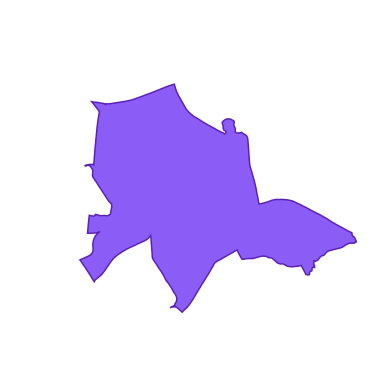 outline of Kota Jakarta Pusat, Jakarta Raya, Indonesia, rotated 246°
{"feature_id": "22746128B21128962092426", "entity_name": "Kota Jakarta Pusat", "entity_type": "district", "adm_level": 2, "iso_a3": "IDN", "parent_name": "Indonesia", "parent_adm1": "Jakarta Raya", "projection": "mercator", "projection_center": [106.829, -6.182], "detail": "fine", "context": "isolated", "style": "filled", "palette": "violet", "viewbox_px": 384, "rotation_deg": 246, "n_neighbors": 0, "source": "geoboundaries", "source_scale": "gbopen_adm2", "svg_char_len": 5934}
<svg xmlns="http://www.w3.org/2000/svg" viewBox="0 0 384 384"><g transform="rotate(246 192 192)"><path d="M70.3,262.5L70.0,263.1L69.2,264.0L68.7,265.2L69.0,265.8L69.4,266.1L70.2,266.3L70.6,266.6L70.9,266.9L71.1,267.5L71.2,268.1L71.2,269.2L71.5,269.6L71.9,269.9L72.2,270.0L72.6,270.2L73.7,271.0L73.9,271.3L74.0,272.6L73.8,272.7L73.2,273.1L73.1,273.3L73.4,273.5L73.8,273.3L74.2,273.3L74.6,273.4L74.7,273.7L74.8,274.0L75.2,274.1L75.9,273.9L76.4,273.7L77.5,274.5L77.9,274.7L79.2,275.2L79.6,275.5L79.5,275.8L79.3,276.1L78.7,276.3L78.6,276.5L78.6,276.8L78.5,278.5L78.6,279.4L79.0,280.0L80.5,282.9L80.8,284.0L81.0,285.0L80.9,285.3L80.7,285.7L80.5,286.3L80.6,287.0L81.0,287.7L82.4,290.8L82.6,291.2L82.6,292.0L82.5,294.0L81.1,301.7L80.5,305.3L80.4,307.0L81.1,310.5L81.3,314.4L81.1,315.3L79.2,319.6L79.3,319.9L79.7,320.5L79.5,321.4L79.7,321.9L81.2,322.0L83.0,322.0L84.4,322.0L84.9,321.9L86.4,320.9L86.7,320.8L87.0,320.7L87.6,320.8L88.9,321.2L89.2,321.4L89.3,321.2L89.8,321.1L90.1,321.2L91.0,320.4L93.3,318.4L96.2,316.3L99.5,313.8L100.4,313.0L101.7,312.0L103.8,310.5L104.4,309.9L105.6,309.2L106.7,308.3L107.7,307.6L109.1,306.7L112.5,304.6L114.0,303.5L115.0,302.7L117.2,301.0L118.5,300.2L123.0,296.5L123.8,295.9L125.2,294.6L126.2,293.9L132.3,289.2L133.5,288.1L134.3,287.5L135.9,286.3L141.0,281.8L141.7,281.3L142.4,280.7L144.2,278.6L145.9,276.1L146.5,275.1L149.0,270.5L149.4,269.2L150.7,266.5L151.1,265.2L151.8,262.3L152.0,261.4L152.0,260.1L152.1,258.2L152.8,252.7L153.7,248.4L156.0,248.8L161.1,250.1L162.4,250.3L170.5,252.2L174.9,253.1L177.1,253.5L180.5,253.9L184.8,254.6L191.8,255.5L193.5,255.9L195.1,256.4L197.4,257.2L197.5,257.3L199.7,258.0L210.5,262.0L218.1,264.6L218.6,264.7L219.4,264.8L220.0,264.8L221.0,264.8L221.7,264.5L222.4,264.1L223.6,263.2L223.9,263.0L224.8,262.3L225.9,261.8L226.2,261.8L226.3,261.5L226.5,260.6L227.1,258.0L227.6,257.1L228.1,256.7L228.6,256.4L229.7,256.2L230.0,256.3L231.4,257.0L232.6,257.4L233.3,257.4L235.9,257.3L236.6,257.5L238.0,258.7L238.9,259.1L239.6,259.1L240.1,259.0L242.8,257.0L244.1,254.8L244.5,253.9L244.6,252.0L244.5,250.9L244.2,249.8L243.7,248.5L243.4,248.0L242.9,247.7L242.5,247.6L240.7,247.4L239.8,247.2L236.9,246.3L236.3,246.2L235.6,246.3L233.9,247.4L233.2,247.7L232.8,247.7L232.6,247.5L232.3,246.9L231.7,245.4L233.1,244.6L233.5,244.4L234.5,243.4L239.0,239.7L240.9,238.4L242.0,237.5L244.1,235.8L244.7,235.5L246.2,234.4L246.7,233.8L248.6,232.6L249.5,231.9L251.3,230.6L251.7,230.3L254.0,228.9L257.3,226.6L258.1,226.1L259.7,224.8L261.1,224.0L265.1,222.0L268.4,220.9L270.5,220.4L272.4,220.2L274.3,220.0L279.5,219.5L283.1,219.2L284.0,219.0L284.4,218.9L289.3,218.8L290.3,218.8L293.4,219.1L297.7,219.7L298.3,215.0L298.5,211.8L298.6,208.6L298.7,207.5L298.7,207.4L299.0,199.0L299.2,194.1L299.6,189.1L299.7,185.6L300.3,178.0L300.4,176.1L300.7,173.6L302.0,167.8L303.3,162.9L304.6,158.2L305.5,154.8L306.2,152.2L306.8,150.9L308.1,148.1L307.7,148.1L308.8,147.2L309.3,146.6L309.8,145.7L310.2,145.0L311.1,143.8L312.9,141.1L313.7,139.6L314.4,138.2L314.9,137.7L315.3,137.1L314.3,137.4L309.9,138.5L306.6,139.4L304.5,139.8L303.1,140.0L302.8,139.9L298.4,137.0L297.9,136.6L290.6,132.1L283.5,128.1L281.7,127.1L278.5,125.2L275.2,123.5L274.3,122.9L272.3,121.7L266.7,118.7L262.8,116.5L262.1,116.3L256.8,113.2L257.2,113.0L257.6,112.5L258.0,111.6L258.4,110.7L259.0,109.0L259.3,108.0L259.5,107.0L259.6,106.0L259.5,105.0L259.0,105.2L258.9,107.5L257.7,109.2L255.9,109.8L252.2,110.3L247.2,107.6L246.8,107.7L246.1,107.6L242.3,108.1L241.1,108.4L240.6,108.6L235.6,109.2L233.8,109.6L229.1,110.3L225.8,110.9L220.8,111.6L218.0,112.1L217.0,112.3L215.2,113.0L214.7,113.3L214.1,113.7L211.1,112.7L208.4,110.7L207.0,109.8L205.0,108.4L204.9,107.9L204.6,105.5L205.0,104.5L206.2,102.3L207.8,98.3L209.2,96.8L210.6,95.1L210.8,94.8L210.5,94.2L209.9,93.4L209.9,92.9L210.0,92.5L210.3,91.7L212.5,88.7L206.7,85.3L196.8,79.8L196.6,80.2L195.0,84.1L193.8,87.3L193.4,88.9L193.3,89.6L193.4,91.8L192.4,88.6L191.3,86.2L190.1,84.5L189.4,83.7L187.1,81.7L185.5,80.7L183.1,79.5L181.7,79.1L179.7,78.3L177.9,77.1L177.0,76.0L176.0,74.2L175.8,73.7L175.6,72.1L175.6,62.0L174.0,62.4L170.4,62.9L168.5,63.4L166.1,63.8L164.8,64.0L161.5,64.5L160.4,64.7L155.5,65.4L154.1,65.5L149.8,66.2L150.8,67.5L151.2,68.2L151.9,70.9L153.2,75.4L153.5,76.2L155.1,79.3L156.6,81.9L157.5,83.2L161.4,89.7L162.7,92.2L163.7,94.4L164.9,99.0L165.1,99.8L165.4,101.9L165.8,104.1L166.4,109.0L166.5,112.6L166.7,123.5L166.7,127.6L166.8,130.1L167.2,132.2L167.6,133.5L168.1,134.8L169.1,136.5L166.4,135.7L164.0,134.8L163.3,134.6L162.1,134.1L160.0,133.4L159.0,133.1L157.3,132.4L155.4,131.8L152.7,130.8L150.9,130.1L150.4,129.9L148.0,129.1L147.1,129.0L145.4,129.2L144.0,129.5L137.0,130.6L135.0,130.9L132.9,131.4L129.1,131.8L128.2,132.0L125.8,132.2L122.9,132.2L120.3,132.6L119.6,132.8L119.1,133.1L117.9,133.4L116.6,133.5L113.3,134.1L107.2,134.7L106.2,135.0L104.2,135.2L103.8,135.2L102.3,135.1L101.2,134.8L99.8,134.3L98.4,133.2L97.8,132.6L96.7,130.8L96.3,130.6L95.9,130.6L95.6,130.6L95.2,124.8L94.9,127.5L94.5,128.5L94.0,129.7L93.7,130.1L92.9,130.9L91.9,131.6L87.2,133.7L86.2,134.1L87.4,137.0L88.0,138.9L88.6,140.6L89.7,142.8L90.5,144.3L93.4,148.9L99.6,157.7L101.7,160.8L103.8,163.7L106.3,167.6L107.6,169.4L109.1,171.5L109.3,172.0L109.8,172.8L115.7,180.9L117.8,183.7L118.2,185.0L118.6,187.1L118.9,191.7L119.1,193.0L119.3,195.3L119.7,199.3L119.9,201.0L120.1,204.5L120.6,207.7L120.6,209.2L120.6,209.7L119.6,209.6L117.1,209.7L115.5,209.8L114.1,209.9L111.6,210.1L110.9,210.2L110.1,210.5L109.8,210.8L109.0,214.2L108.5,215.7L107.9,217.3L107.5,218.1L106.3,221.1L106.0,223.9L105.2,228.8L104.5,231.0L103.0,233.6L102.6,234.1L101.2,234.9L101.1,235.1L100.7,235.6L99.9,237.2L99.5,237.7L99.2,238.0L98.5,238.5L96.3,239.5L95.3,240.0L92.9,241.0L92.1,241.5L91.5,242.0L90.8,242.9L90.1,243.8L89.7,245.1L89.6,245.5L88.7,246.5L87.2,247.5L86.1,248.4L85.3,249.2L85.0,249.6L83.5,251.8L82.7,253.6L81.9,256.4L81.2,258.3L80.8,259.8L80.4,261.9L74.7,262.3L70.7,262.6L70.3,262.5Z" fill="#8b5cf6" stroke="#5b21b6" stroke-width="1.5"/></g></svg>